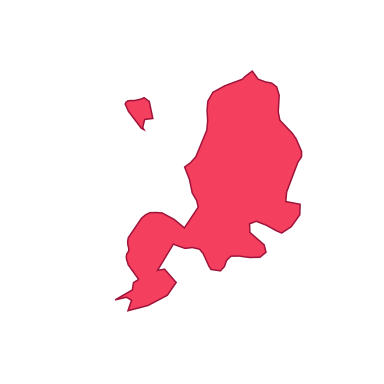 the Canton of Schaffhausen, rotated 122°
{"feature_id": "CHE-171", "entity_name": "Schaffhausen", "entity_type": "Canton", "adm_level": 1, "iso_a3": "CHE", "parent_name": "Switzerland", "parent_adm1": "", "projection": "orthographic", "projection_center": [8.624, 47.681], "detail": "fine", "context": "isolated", "style": "filled", "palette": "rose", "viewbox_px": 384, "rotation_deg": 122, "n_neighbors": 0, "source": "natural_earth", "source_scale": "10m", "svg_char_len": 1410}
<svg xmlns="http://www.w3.org/2000/svg" viewBox="0 0 384 384"><g transform="rotate(122 192 192)"><path d="M154.3,88.5L168.7,89.4L179.3,94.2L180.2,100.5L180.8,111.6L182.8,122.0L188.5,126.3L195.6,121.5L198.6,102.8L203.9,97.3L211.3,99.8L216.9,108.2L221.4,118.2L225.8,125.0L231.7,126.4L238.1,125.0L243.8,126.1L247.6,134.8L246.1,138.1L238.4,149.7L236.5,155.3L238.9,162.3L243.5,168.0L245.0,174.6L246.1,180.2L276.7,179.7L272.0,174.4L277.1,157.5L292.7,158.2L311.6,169.2L326.6,183.4L315.9,185.9L316.0,191.8L324.2,200.0L306.6,190.7L299.9,193.6L294.8,191.1L294.3,191.1L287.5,207.6L286.2,208.9L283.6,212.0L281.3,213.7L278.7,214.5L276.2,214.4L274.8,214.8L273.1,216.0L270.7,218.5L268.0,220.4L264.5,221.8L240.8,220.9L235.7,219.2L231.7,216.6L228.1,211.0L225.6,206.2L224.7,192.5L226.5,179.4L201.5,178.7L196.7,183.6L192.7,191.3L182.8,200.7L174.8,211.4L174.7,211.5L168.1,208.8L160.0,207.4L131.8,212.2L123.2,216.5L115.1,222.3L106.6,226.7L96.3,227.1L84.3,220.3L69.5,208.9L66.6,208.4L57.5,205.0L61.3,195.7L59.8,188.4L57.4,182.1L58.1,175.8L63.8,169.3L78.5,161.2L84.6,155.5L89.0,138.3L91.7,132.0L99.6,120.5L104.1,117.8L110.6,118.0L141.7,111.8L150.4,107.4L145.1,93.8L154.3,88.5ZM155.6,270.6L163.4,268.0L164.6,265.8L164.8,268.8L157.3,288.6L152.8,295.3L150.8,295.5L148.7,294.7L147.0,292.6L145.6,290.2L143.8,288.0L139.8,284.1L137.4,282.6L137.9,276.2L150.4,264.2L155.6,270.6Z" fill="#f43f5e" stroke="#9f1239" stroke-width="1.5"/></g></svg>